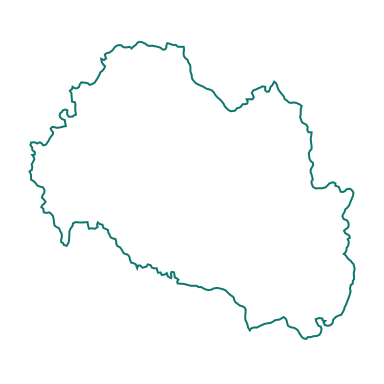 Bambuí, Minas Gerais, Brazil, rotated 87°
{"feature_id": "56859067B81413101351729", "entity_name": "Bambuí", "entity_type": "district", "adm_level": 2, "iso_a3": "BRA", "parent_name": "Brazil", "parent_adm1": "Minas Gerais", "projection": "albers", "projection_center": [-45.998, -20.124], "detail": "fine", "context": "isolated", "style": "outline", "palette": "teal", "viewbox_px": 384, "rotation_deg": 87, "n_neighbors": 0, "source": "geoboundaries", "source_scale": "gbopen_adm2", "svg_char_len": 5902}
<svg xmlns="http://www.w3.org/2000/svg" viewBox="0 0 384 384"><g transform="rotate(87 192 192)"><path d="M319.7,47.6L317.0,46.1L314.8,45.6L312.6,44.0L309.9,43.0L307.4,41.7L304.8,40.7L303.0,39.9L301.0,39.3L299.2,38.8L297.0,39.3L295.2,38.9L293.0,38.2L292.0,36.3L289.2,36.0L287.5,34.7L284.8,34.7L281.4,34.7L279.4,34.1L277.1,33.6L274.6,34.1L272.3,34.5L270.8,36.0L269.1,37.0L267.4,39.1L265.0,40.8L263.1,42.0L261.8,43.7L260.3,41.8L257.9,40.8L255.8,40.5L254.0,38.9L251.7,38.3L249.4,38.1L247.3,39.0L245.9,36.7L243.6,37.3L242.2,39.4L241.1,41.2L238.6,42.2L237.1,40.4L236.1,38.5L234.3,37.4L231.3,37.3L228.4,38.7L226.9,42.0L224.0,43.1L222.2,42.3L220.3,40.9L217.2,39.7L215.6,37.4L213.1,35.5L210.1,34.3L207.8,33.1L204.2,31.4L201.0,30.8L199.0,32.0L197.4,33.4L196.9,35.4L197.5,37.8L199.1,39.1L199.9,41.4L199.5,43.5L196.9,44.4L194.5,45.2L193.3,48.5L190.9,48.3L189.6,50.8L190.7,54.4L192.6,56.4L194.4,58.5L195.1,62.2L194.9,65.9L194.9,68.3L193.3,70.9L189.8,72.1L187.4,72.0L185.8,70.7L183.7,71.1L181.0,71.6L178.5,72.5L175.9,72.3L173.5,70.9L171.6,69.6L169.2,69.7L167.2,71.9L164.7,73.0L159.3,73.3L156.8,71.9L155.2,70.3L152.2,70.2L148.8,70.5L145.0,70.7L142.2,70.0L138.7,69.4L138.4,72.6L136.0,73.7L133.3,73.0L130.9,74.2L129.7,76.2L128.2,78.4L125.4,79.4L123.0,80.1L120.7,79.5L114.6,79.0L111.9,77.9L110.1,80.1L108.5,83.1L107.9,86.0L108.2,88.3L107.6,90.6L105.5,92.6L104.1,94.5L101.4,95.3L98.0,97.9L95.0,99.9L92.3,101.0L89.8,101.5L87.6,102.5L86.1,104.2L89.3,106.0L91.4,108.2L93.9,109.0L95.9,110.3L95.7,112.4L94.1,113.6L90.8,113.4L90.2,116.1L91.1,117.9L91.7,119.8L92.8,122.3L93.7,125.4L96.1,127.1L98.7,126.0L100.7,125.3L102.6,126.7L102.4,129.7L102.3,132.6L104.5,131.7L106.6,132.2L107.1,134.2L106.9,136.6L108.9,138.4L110.2,139.9L110.7,142.7L113.0,144.7L113.3,147.0L113.3,149.3L112.2,151.0L110.1,153.3L107.8,155.0L105.7,155.7L103.8,157.0L101.4,158.9L98.7,161.8L96.3,163.6L93.4,165.1L91.5,167.1L90.4,169.4L89.6,172.2L87.6,175.0L86.4,177.3L85.4,179.3L83.7,182.3L81.7,184.1L79.2,185.8L76.9,186.2L74.8,186.2L72.5,187.1L69.9,187.3L67.8,187.0L64.9,187.3L62.1,189.0L59.6,189.6L58.3,191.4L55.7,193.0L52.4,193.2L49.6,192.4L46.6,192.7L46.4,196.1L46.2,198.6L44.5,200.2L43.9,204.2L42.7,206.7L42.1,208.9L44.3,209.9L46.5,210.1L48.3,211.6L48.2,213.8L46.3,215.8L45.0,219.3L44.3,222.3L43.7,224.1L44.0,226.5L43.3,228.8L41.5,230.8L39.7,234.2L39.3,236.7L40.0,238.6L42.3,240.5L43.7,242.9L45.5,244.8L43.8,246.7L44.2,250.0L43.8,253.1L41.8,254.8L41.5,257.5L42.1,259.7L43.3,261.5L45.1,262.9L46.7,264.4L48.4,267.1L48.9,269.9L50.2,271.9L52.3,271.4L54.2,270.8L55.6,273.0L54.3,275.7L57.8,275.2L60.4,273.7L61.7,272.2L63.7,273.0L66.0,274.8L67.8,277.4L69.6,278.1L71.6,279.2L73.8,280.6L75.7,282.0L77.8,283.7L79.3,286.9L79.6,288.8L78.0,290.2L77.1,293.9L76.7,296.7L78.8,298.5L81.1,299.3L82.4,301.3L82.3,303.6L80.7,305.8L82.8,306.3L84.5,308.7L86.8,307.3L90.7,307.2L93.3,307.1L95.5,307.1L96.3,304.2L98.6,303.8L101.0,304.1L103.5,304.3L106.0,304.1L108.8,303.9L109.2,305.8L110.5,307.4L110.4,311.1L108.1,312.5L106.0,312.5L103.8,312.2L103.0,314.4L103.6,316.5L105.2,317.7L106.5,319.5L108.5,320.2L110.4,319.7L112.3,318.1L113.5,315.2L116.8,315.0L119.6,314.5L119.9,317.0L120.4,319.3L120.8,321.6L120.8,323.9L120.0,326.2L119.7,328.3L121.5,329.9L123.4,329.0L125.0,327.6L127.2,328.0L128.7,329.4L130.8,331.1L133.4,332.6L135.5,334.2L137.2,335.5L137.6,338.2L135.5,339.6L134.4,341.5L135.5,344.1L134.1,346.4L134.1,349.9L136.5,351.0L139.0,349.4L141.9,349.2L144.0,346.8L146.4,347.1L146.7,349.6L148.8,348.2L151.0,347.7L153.2,348.9L155.9,350.6L158.6,350.2L161.4,350.7L163.0,353.2L164.7,352.4L166.6,351.9L168.7,351.9L171.2,352.1L173.0,349.4L175.0,347.7L177.4,346.2L178.7,343.4L179.6,340.5L182.2,339.2L184.9,339.5L187.0,341.1L189.8,342.2L191.7,340.4L194.0,338.7L195.8,340.1L197.0,341.8L199.1,343.3L201.1,341.3L204.5,341.1L205.3,338.8L204.9,335.5L206.6,333.6L208.9,332.0L211.8,331.6L214.9,331.4L218.1,331.1L219.9,329.2L221.2,326.7L224.4,325.5L227.2,324.3L230.1,324.3L232.6,325.2L235.3,325.2L236.3,323.4L238.2,322.7L239.2,320.0L236.2,318.0L234.0,317.3L231.8,317.2L229.8,316.8L227.3,316.7L224.7,316.4L222.3,315.2L219.6,313.1L217.1,312.5L216.0,309.8L216.3,307.6L216.6,304.8L216.7,301.5L216.6,297.9L220.0,297.5L223.3,296.8L223.0,294.4L223.6,290.7L221.9,288.0L219.8,288.5L217.5,287.7L219.3,285.6L220.0,283.1L223.2,282.4L224.3,280.2L225.5,277.9L228.0,277.7L230.2,276.7L233.2,275.5L234.4,273.1L234.9,270.9L237.0,270.4L239.6,270.3L241.8,269.6L243.6,266.7L246.4,264.9L249.0,263.8L250.4,262.0L251.0,259.8L253.1,258.0L256.6,257.4L259.3,256.5L259.9,254.4L261.2,252.0L265.2,250.7L262.6,249.8L262.7,247.6L265.0,245.3L264.1,241.4L262.0,239.8L263.0,237.1L265.3,236.1L266.2,234.0L266.4,231.2L268.4,230.8L270.9,230.1L270.7,227.6L273.4,226.5L272.9,223.3L271.7,221.5L275.1,220.5L276.9,217.4L274.9,216.8L272.9,217.5L270.7,216.6L271.2,214.3L273.4,213.9L276.5,213.6L277.5,211.6L278.9,210.2L280.6,211.5L282.5,211.2L283.0,208.3L283.3,205.2L284.3,202.1L285.3,199.1L285.7,197.0L285.7,194.5L286.0,192.1L287.3,190.6L287.4,187.7L289.0,185.4L290.3,182.8L290.8,180.4L290.6,177.9L289.4,175.3L289.1,171.7L289.8,169.1L290.8,166.0L292.2,163.3L294.7,161.2L296.9,159.0L298.2,157.2L299.6,155.9L302.0,155.5L304.4,154.4L306.1,152.2L307.8,150.4L308.6,148.1L309.8,145.8L312.1,144.5L314.5,144.8L316.8,145.1L319.6,145.4L322.7,145.4L324.6,144.5L326.7,143.7L330.1,143.1L333.2,141.5L331.2,139.8L330.5,136.9L330.8,134.2L329.6,131.8L328.5,129.1L327.5,126.4L327.1,123.4L326.8,120.3L325.8,118.1L324.5,116.0L324.1,113.2L323.9,111.2L322.8,109.1L321.7,107.0L323.8,104.7L326.0,104.1L328.4,103.7L330.8,103.0L332.3,100.2L332.9,97.5L334.1,95.3L335.6,93.6L337.7,92.6L340.3,91.2L342.2,90.1L343.9,88.5L344.7,85.6L342.9,83.7L343.2,81.2L342.4,78.3L342.3,74.9L341.2,72.1L338.9,70.6L335.5,69.8L333.2,70.5L332.3,72.6L330.0,73.7L327.6,74.8L325.5,75.1L324.5,71.6L325.2,68.4L327.1,68.3L327.8,65.7L329.2,67.4L331.7,66.4L332.8,63.4L332.2,60.6L330.5,58.6L326.8,57.6L324.2,54.7L323.0,51.8L322.5,49.4L319.7,47.6Z" fill="none" stroke="#0f766e" stroke-width="2"/></g></svg>